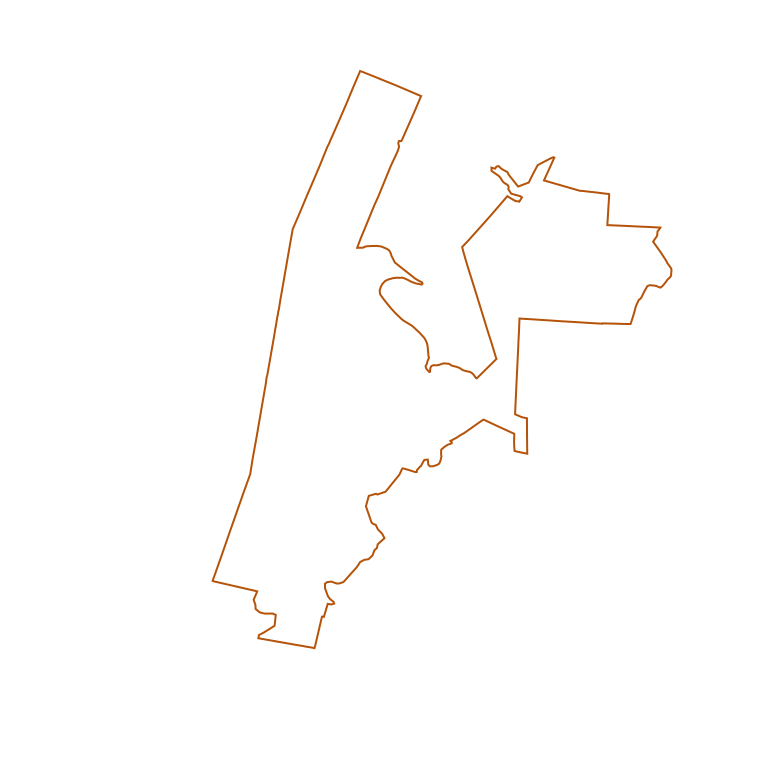 Dumbraveni, Constanta, Romania (Albers equal-area conic projection), rotated 32°
{"feature_id": "2599482B4810903982325", "entity_name": "Dumbraveni", "entity_type": "district", "adm_level": 2, "iso_a3": "ROU", "parent_name": "Romania", "parent_adm1": "Constanta", "projection": "albers", "projection_center": [27.999, 43.926], "detail": "fine", "context": "isolated", "style": "outline", "palette": "amber", "viewbox_px": 768, "rotation_deg": 32, "n_neighbors": 0, "source": "geoboundaries", "source_scale": "gbopen_adm2", "svg_char_len": 5445}
<svg xmlns="http://www.w3.org/2000/svg" viewBox="0 0 768 768"><g transform="rotate(32 384 384)"><path d="M343.0,641.8L344.7,641.4L385.8,627.2L386.4,627.1L387.8,636.0L392.2,639.7L394.3,642.8L398.3,643.4L400.6,643.3L404.5,641.9L408.2,639.6L411.3,637.6L414.6,637.2L419.3,647.0L413.8,658.4L411.0,663.2L412.2,666.2L442.1,654.1L447.8,651.8L452.3,649.9L454.5,649.0L456.7,648.2L462.1,645.9L465.0,644.9L464.1,641.7L454.7,614.2L455.8,613.3L456.4,613.3L452.8,600.3L456.4,598.7L458.1,596.6L456.8,595.5L451.9,594.9L448.8,593.6L447.4,592.5L442.1,588.4L439.8,584.6L440.8,582.1L444.2,579.4L448.3,578.6L450.1,578.0L451.8,576.8L454.6,573.4L458.0,553.5L458.1,550.1L458.1,547.6L460.5,543.5L463.7,540.8L465.1,535.5L464.0,530.1L464.9,526.7L463.6,523.3L466.1,514.5L461.9,512.0L456.0,510.6L451.6,507.8L449.2,508.4L446.9,508.1L433.5,497.3L430.4,486.9L435.4,481.3L437.0,481.2L442.4,474.5L445.1,452.6L444.3,446.3L444.7,445.5L445.8,445.2L450.6,443.8L454.9,442.7L457.4,442.0L458.4,441.3L457.6,439.6L457.8,438.3L458.4,434.9L458.8,434.0L458.6,431.2L458.4,427.0L461.2,424.9L464.3,428.9L466.5,429.5L469.2,427.8L472.2,424.1L473.0,422.1L472.5,419.0L471.2,415.2L469.2,412.7L467.3,409.3L468.8,404.7L470.4,401.5L472.2,399.4L472.8,398.2L472.3,397.4L470.5,397.1L473.9,391.3L475.8,387.1L478.2,382.7L484.9,366.7L486.9,362.0L487.2,361.6L487.5,361.4L500.7,359.8L501.0,359.8L504.6,359.3L514.1,358.1L520.8,357.2L521.1,357.4L522.5,360.0L524.0,362.5L524.2,362.9L525.4,364.8L527.0,367.2L527.6,368.1L530.3,371.6L536.0,369.6L542.4,367.2L531.2,349.7L524.6,339.2L523.4,337.3L519.7,338.7L518.4,339.1L513.2,339.9L511.2,340.2L504.7,328.7L497.6,316.0L497.5,315.9L490.0,302.5L482.6,289.3L482.5,289.1L474.5,274.9L469.2,265.4L464.2,256.7L464.4,256.6L464.8,256.4L474.3,251.2L491.2,242.1L502.1,236.3L513.2,230.2L515.1,229.2L516.9,228.2L524.0,224.4L537.0,217.3L536.9,217.1L537.0,216.9L547.1,210.9L550.9,208.7L556.0,205.7L561.3,202.5L561.0,201.1L560.5,199.1L559.6,195.5L558.2,190.4L556.4,184.6L555.5,177.8L556.4,175.3L556.4,174.2L555.9,169.2L555.6,165.1L555.5,161.4L556.9,159.5L559.2,158.2L562.8,156.6L565.7,156.2L567.4,155.7L568.0,154.3L568.5,152.2L569.0,147.6L569.1,145.3L569.5,143.8L570.1,141.8L570.0,140.0L569.2,138.5L567.9,135.9L567.4,135.2L567.0,134.4L565.8,133.6L560.4,131.4L557.5,129.7L549.1,125.8L536.8,120.7L536.9,117.4L537.1,114.7L536.8,112.7L536.6,112.6L535.1,109.6L535.6,105.5L535.5,104.9L525.0,110.7L518.5,114.4L505.3,121.8L489.2,130.9L475.9,106.4L474.4,103.7L474.2,103.6L472.2,104.6L468.6,106.3L466.2,107.4L463.8,108.5L449.4,115.4L449.2,115.5L448.4,116.1L447.5,116.4L430.0,121.4L411.8,126.6L409.4,108.7L408.5,101.8L408.0,101.9L407.5,101.9L406.0,103.9L402.0,110.7L398.3,117.0L398.4,117.5L399.0,126.5L399.5,131.5L400.0,136.4L393.1,145.5L379.0,140.5L376.3,138.9L369.8,139.3L367.7,138.9L365.7,138.5L364.2,140.0L364.0,142.6L360.5,143.6L362.3,146.3L364.2,146.4L370.8,146.7L372.8,147.2L377.9,149.5L380.3,149.8L382.2,149.6L384.0,149.9L385.3,150.8L386.2,152.9L391.0,155.2L400.1,152.5L402.1,152.6L402.1,157.7L400.7,158.1L398.6,159.2L391.4,159.4L389.1,159.3L385.0,185.8L382.6,199.7L379.5,217.5L377.7,226.4L378.2,226.9L378.8,227.5L381.0,229.6L383.2,231.6L392.2,239.6L410.2,255.0L429.2,271.4L440.6,281.3L446.3,286.2L453.2,292.0L465.8,303.0L466.1,303.1L463.2,315.3L459.7,330.0L459.3,330.2L458.9,330.2L457.0,329.5L454.7,328.5L453.2,328.2L451.7,328.1L449.7,328.4L447.0,329.5L445.4,330.0L443.5,330.4L442.2,330.5L440.8,330.3L438.1,330.6L435.8,331.2L433.7,331.9L432.3,332.4L431.6,332.5L429.2,332.4L428.3,332.5L426.7,333.3L424.2,334.6L423.8,334.9L422.8,335.8L422.3,336.3L421.5,337.4L420.6,338.6L419.3,339.8L418.1,340.6L416.2,341.7L415.5,342.4L415.1,343.0L414.9,343.3L414.7,344.2L414.7,344.8L415.0,346.2L415.7,347.6L416.6,349.2L416.5,349.5L416.2,349.7L415.2,349.6L413.6,349.2L411.9,348.6L411.1,348.1L410.4,347.4L409.8,346.8L409.7,344.4L409.5,343.6L408.7,341.2L408.3,338.1L408.2,337.9L406.9,336.7L404.0,332.9L401.0,328.9L398.6,326.5L396.1,324.8L393.6,323.5L386.7,321.6L382.4,320.8L378.6,320.0L376.6,319.8L373.2,319.8L367.7,319.9L364.9,319.7L362.5,319.2L355.5,317.7L349.1,315.9L339.6,312.6L333.2,310.0L330.9,307.2L329.9,303.7L329.6,300.3L330.3,296.3L331.1,294.9L332.0,293.4L335.6,289.4L337.8,287.7L338.9,286.8L340.7,285.9L343.2,284.1L345.2,283.6L347.4,283.3L349.6,283.0L352.5,282.9L357.0,282.0L358.0,281.7L359.1,281.3L363.1,279.8L363.6,279.0L363.4,278.5L362.8,277.8L361.6,277.7L359.3,278.0L354.9,278.1L336.3,276.1L329.8,275.3L328.8,275.2L325.2,273.0L322.6,271.5L322.3,271.2L320.9,269.9L319.2,268.8L317.3,267.9L314.6,267.9L312.6,268.2L308.6,268.9L304.6,270.8L299.3,274.3L296.2,276.5L295.2,277.5L294.0,279.5L289.1,282.7L288.8,281.5L287.0,272.5L285.3,262.1L283.8,253.3L282.3,244.8L280.9,236.3L279.9,228.5L274.2,195.4L272.2,179.1L271.1,174.9L268.4,172.1L267.9,170.1L270.0,168.8L269.7,166.2L266.4,142.9L265.2,134.8L263.9,126.7L262.9,120.6L262.9,120.2L262.6,120.2L260.5,120.6L239.8,123.8L239.6,123.8L232.0,125.1L206.0,129.7L199.3,130.9L197.9,131.3L198.1,132.2L200.7,149.0L203.3,164.5L205.9,181.6L208.0,195.9L208.7,200.6L209.4,205.8L210.0,209.1L210.3,213.0L213.8,232.8L216.4,249.3L219.3,268.0L222.0,284.4L224.5,301.0L232.5,320.8L240.4,340.2L248.3,359.6L251.4,367.3L255.6,377.2L256.0,378.9L257.5,381.8L257.6,382.8L258.0,383.7L259.4,387.0L261.9,392.9L262.1,393.7L265.4,401.5L268.0,407.9L272.5,419.0L280.4,438.5L280.9,440.5L283.7,446.6L288.4,458.2L296.4,477.8L304.5,497.6L312.3,517.2L318.3,531.3L322.8,552.1L327.5,572.9L332.1,593.5L336.9,614.3L341.6,635.5L343.0,641.8Z" fill="none" stroke="#b45309" stroke-width="2"/></g></svg>